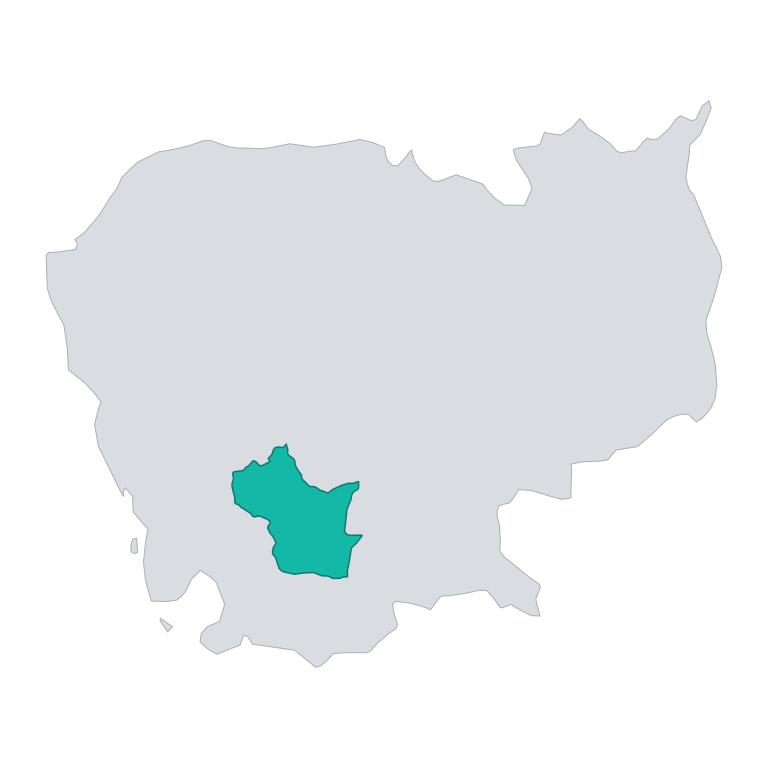 Kâmpóng Spœ highlighted on a map of Cambodia
{"feature_id": "KHM-1787", "entity_name": "Kâmpóng Spœ", "entity_type": "Province", "adm_level": 1, "iso_a3": "KHM", "parent_name": "Cambodia", "parent_adm1": "", "projection": "albers", "projection_center": [104.227, 11.598], "detail": "fine", "context": "in_parent", "style": "filled", "palette": "teal", "viewbox_px": 768, "rotation_deg": 0, "n_neighbors": 0, "source": "natural_earth", "source_scale": "10m", "svg_char_len": 5133}
<svg xmlns="http://www.w3.org/2000/svg" viewBox="0 0 768 768"><path d="M709.0,100.8L711.1,108.0L705.9,121.7L700.3,134.2L689.8,145.1L689.3,153.1L685.9,177.0L687.4,184.5L690.0,191.0L693.5,194.4L703.1,217.6L711.8,238.7L720.3,256.0L721.9,267.0L714.6,295.0L705.9,320.7L706.8,333.5L710.8,346.2L715.1,363.2L716.9,385.0L714.8,399.3L710.9,408.1L703.2,417.3L696.5,422.0L688.3,414.4L681.8,414.1L673.2,416.5L666.4,420.1L652.6,433.6L637.3,446.6L616.0,450.1L607.8,459.8L598.9,461.2L582.1,461.8L571.0,464.2L571.6,469.0L570.9,491.8L571.1,497.1L569.4,498.5L561.8,499.3L548.8,495.9L531.2,490.4L518.8,489.6L512.4,499.5L508.6,503.4L503.9,504.1L499.0,505.8L497.3,510.3L497.0,515.8L499.4,525.3L500.4,540.3L499.8,550.6L504.4,557.1L531.4,578.8L539.3,584.2L540.3,587.4L535.7,599.3L539.9,616.0L531.5,615.7L517.5,608.7L510.7,604.3L502.6,607.9L499.8,607.2L494.3,599.0L487.0,590.7L479.6,590.2L464.0,593.6L448.0,595.9L442.0,595.9L439.5,597.5L430.3,610.0L426.4,607.8L410.2,603.1L395.5,601.4L392.5,604.6L394.3,614.8L397.6,624.7L395.7,628.9L387.7,634.2L377.0,643.6L370.5,651.0L365.9,652.8L349.7,652.5L333.5,653.5L327.0,660.4L320.9,665.8L315.7,667.2L294.5,650.2L252.4,644.2L247.9,636.6L243.8,635.2L240.0,645.0L216.9,654.3L207.2,648.6L200.1,641.7L201.2,633.3L207.9,626.4L219.4,621.5L224.7,604.3L216.0,582.1L208.4,575.6L200.3,570.5L191.8,578.7L184.7,592.8L177.2,600.0L166.7,601.6L151.3,601.0L145.4,579.9L143.5,561.9L145.7,541.3L148.0,529.1L133.3,512.2L132.5,496.2L125.4,487.9L123.3,492.0L123.5,496.6L121.5,493.3L98.4,446.2L94.6,424.4L98.7,407.6L101.1,402.0L94.4,393.1L85.0,383.0L68.4,369.8L67.4,349.0L63.8,324.4L58.9,316.1L51.3,300.9L47.3,288.4L46.1,255.3L48.2,252.7L60.0,251.8L75.2,249.5L77.6,244.2L74.9,239.7L84.6,232.3L98.6,216.0L109.4,198.9L117.2,188.1L121.8,177.4L137.4,162.3L158.9,151.8L173.5,149.4L188.6,145.9L203.2,140.8L210.0,140.4L228.1,146.6L237.8,148.1L248.0,148.1L258.6,148.7L267.9,148.1L290.0,143.8L313.4,147.2L334.3,144.5L360.2,139.5L373.0,142.6L384.6,147.5L386.2,157.6L388.9,162.2L392.8,165.7L397.9,165.7L404.5,158.7L410.0,151.4L411.8,150.1L412.1,153.6L414.8,161.5L419.8,169.2L424.8,174.3L433.2,181.1L438.6,181.4L456.3,174.8L482.9,184.1L486.0,188.8L494.7,198.2L504.0,205.0L524.8,205.3L532.0,188.5L528.4,178.3L516.5,160.5L513.2,150.0L516.9,148.1L536.9,146.0L540.2,143.9L544.5,132.3L549.9,133.6L561.0,135.0L572.7,127.0L579.6,118.7L583.4,122.4L587.6,128.2L592.1,131.5L600.6,136.5L609.9,143.4L615.8,150.3L620.4,152.9L632.3,150.9L635.5,151.1L642.3,142.7L647.1,138.1L651.2,139.4L657.2,139.2L669.5,128.4L676.5,118.6L680.3,115.9L691.5,120.6L695.9,119.6L702.1,106.1L709.0,100.8ZM137.6,552.1L135.3,553.4L133.1,553.3L130.9,551.4L131.2,543.8L132.8,539.2L136.6,538.3L137.6,552.1ZM172.5,626.7L167.7,631.8L160.3,621.3L160.3,618.3L172.5,626.7Z" fill="#d9dde1" stroke="#a8b0b8" stroke-width="1"/><path d="M255.0,516.8L253.2,516.5L252.8,516.3L252.3,515.8L251.3,514.1L250.0,513.0L241.0,507.2L238.4,504.6L237.4,504.4L236.1,503.9L235.6,503.6L235.3,503.2L234.9,502.5L234.7,501.6L234.7,500.5L234.8,498.3L234.6,497.0L232.2,487.6L232.0,485.2L232.1,483.8L232.5,482.2L233.3,479.6L233.4,478.0L233.3,476.8L233.0,475.8L232.8,474.9L232.8,473.9L232.9,473.0L233.1,472.5L233.3,472.2L233.5,472.1L234.1,471.8L243.2,470.5L245.8,467.5L246.2,467.1L246.9,466.7L247.4,466.5L248.6,465.9L249.8,464.6L251.8,462.1L252.8,461.1L253.6,460.8L254.4,461.0L255.3,461.4L256.2,462.0L256.9,462.7L258.6,464.8L259.2,465.4L260.1,465.6L261.6,465.7L263.0,465.2L269.8,461.7L270.2,461.4L270.0,461.0L268.5,459.3L268.3,458.6L268.7,457.9L271.2,455.3L272.0,454.2L273.3,450.2L273.9,449.1L275.1,447.8L276.2,447.4L279.0,447.0L280.0,447.1L282.3,447.6L283.4,447.2L284.1,446.6L286.2,444.3L287.4,448.0L287.7,449.6L287.7,452.9L287.8,453.9L287.9,454.3L288.5,455.0L289.5,455.9L292.7,458.1L293.4,458.7L293.6,458.9L294.7,460.8L295.0,463.4L295.8,466.1L296.7,468.2L301.3,474.9L301.5,475.8L301.8,478.4L302.0,478.8L302.4,479.4L307.7,484.5L308.7,485.9L310.2,486.4L314.8,486.8L316.4,487.6L320.0,490.2L320.5,490.4L325.0,491.8L326.4,492.4L326.7,492.7L327.3,493.1L327.8,493.0L328.6,492.6L332.4,489.6L341.5,485.4L347.5,483.5L348.7,483.3L351.1,483.3L352.0,483.4L353.0,483.3L353.5,483.3L355.7,482.3L358.6,481.7L358.6,487.0L358.3,488.6L357.7,489.3L357.1,489.8L356.3,490.2L355.1,490.8L353.8,491.8L352.6,493.2L352.1,494.1L351.8,494.7L350.8,500.1L346.9,509.4L346.4,514.8L344.5,531.3L346.5,534.2L350.0,535.4L360.2,535.1L361.7,535.2L362.1,535.8L356.5,543.1L352.6,546.8L351.5,547.9L351.2,549.3L349.4,560.5L348.7,564.4L347.4,570.3L347.5,576.7L343.1,577.1L341.7,577.5L341.0,577.9L340.1,578.2L339.7,578.3L333.0,578.4L332.3,578.2L329.3,576.5L328.1,576.1L326.7,575.9L322.9,575.9L321.3,575.6L317.1,573.9L313.6,572.5L304.3,572.9L294.4,574.2L284.2,572.0L282.5,571.3L281.4,570.6L279.3,568.7L275.3,557.0L274.4,556.0L273.3,554.8L273.0,554.4L272.6,553.6L272.5,552.7L272.6,551.3L273.2,548.3L273.6,546.8L274.2,545.8L275.2,544.9L275.6,544.3L275.8,543.7L275.7,542.3L275.0,540.5L273.3,537.2L272.1,535.5L270.5,533.7L270.0,533.0L268.1,529.1L267.8,528.0L267.9,526.9L268.6,525.3L270.1,523.2L270.1,522.4L270.0,521.6L267.6,519.3L264.0,518.0L261.8,516.7L259.5,516.2L258.0,516.1L256.9,516.3L255.6,516.7L255.0,516.8Z" fill="#14b8a6" stroke="#0f766e" stroke-width="1.5"/></svg>